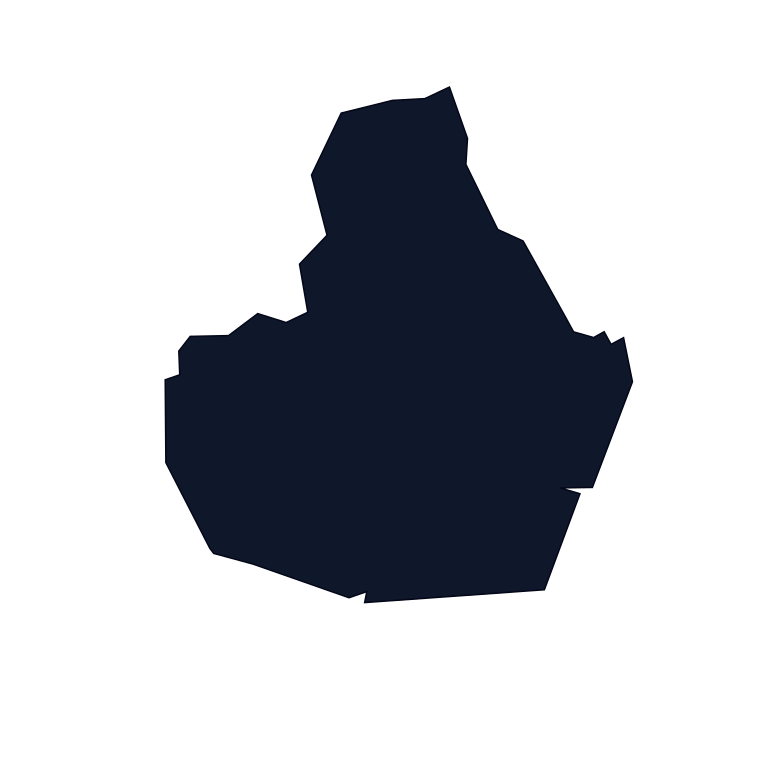 the district of Lumpkin, Georgia, United States of America, rotated 331°
{"feature_id": "52423323B56072812180276", "entity_name": "Lumpkin", "entity_type": "district", "adm_level": 2, "iso_a3": "USA", "parent_name": "United States of America", "parent_adm1": "Georgia", "projection": "natural_earth1", "projection_center": [-83.992, 34.58], "detail": "fine", "context": "isolated", "style": "filled", "palette": "ink", "viewbox_px": 768, "rotation_deg": 331, "n_neighbors": 0, "source": "geoboundaries", "source_scale": "gbopen_adm2", "svg_char_len": 639}
<svg xmlns="http://www.w3.org/2000/svg" viewBox="0 0 768 768"><g transform="rotate(331 384 384)"><path d="M155.1,347.0L152.0,443.3L152.9,449.6L182.0,477.9L249.8,554.0L268.3,557.2L261.1,565.8L424.5,641.7L502.2,575.0L487.7,560.3L516.1,575.5L602.4,502.5L616.0,459.6L601.8,459.4L601.9,445.0L589.6,445.0L589.0,444.1L575.1,430.3L575.2,414.2L575.0,326.4L558.4,304.0L562.1,231.6L576.1,209.7L585.2,156.0L558.1,154.2L528.8,140.0L477.9,126.3L421.9,166.1L406.3,226.3L368.2,238.2L352.1,284.3L328.2,282.8L307.7,261.2L271.5,266.3L237.6,248.4L220.5,255.7L209.8,276.9L194.7,274.2L155.1,347.0Z" fill="#0f172a" stroke="#020617" stroke-width="1.5"/></g></svg>